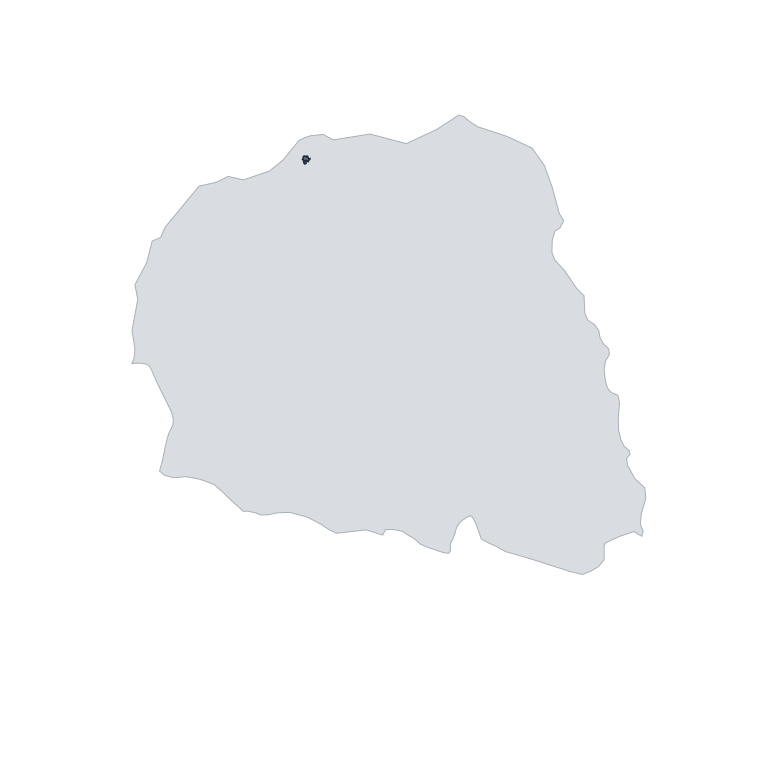 Toledo, Canelones, Uruguay (highlighted), rotated 154°
{"feature_id": "84410073B33780551405566", "entity_name": "Toledo", "entity_type": "district", "adm_level": 2, "iso_a3": "URY", "parent_name": "Uruguay", "parent_adm1": "Canelones", "projection": "mercator", "projection_center": [-56.115, -34.726], "detail": "fine", "context": "in_parent", "style": "filled", "palette": "slate", "viewbox_px": 768, "rotation_deg": 154, "n_neighbors": 0, "source": "geoboundaries", "source_scale": "gbopen_adm2", "svg_char_len": 3305}
<svg xmlns="http://www.w3.org/2000/svg" viewBox="0 0 768 768"><g transform="rotate(154 384 384)"><path d="M601.8,512.7L597.4,516.7L592.6,524.3L587.0,542.6L568.2,568.0L564.4,582.3L544.0,597.2L529.7,614.1L520.4,613.7L512.0,620.9L463.5,642.9L446.0,638.8L433.1,638.9L421.1,629.2L393.8,625.6L376.7,629.5L353.6,640.2L346.7,640.0L341.7,639.5L329.3,635.0L322.5,625.6L287.0,614.8L258.5,590.2L224.9,589.7L199.1,592.9L195.1,589.6L192.5,583.3L187.1,574.2L164.9,552.6L147.5,531.2L144.1,510.2L146.5,487.4L151.7,460.5L150.8,452.1L157.2,447.3L163.6,446.3L169.8,439.4L175.3,428.9L176.2,421.0L171.9,406.3L169.0,385.8L165.5,375.7L172.5,359.6L172.8,351.8L168.7,345.0L167.6,338.0L169.5,330.8L169.1,323.9L166.6,317.2L168.5,311.7L175.0,307.4L179.8,300.7L183.0,291.8L184.6,285.0L184.7,280.3L182.8,275.8L178.8,271.6L180.6,263.4L188.3,251.0L193.3,240.0L195.5,230.4L195.4,222.6L192.8,216.7L193.9,212.8L198.6,210.7L200.7,204.5L200.0,189.0L195.1,176.3L198.9,166.3L209.6,154.7L215.2,145.3L215.6,138.2L219.0,134.1L224.1,141.8L239.3,143.8L254.6,144.1L257.1,142.2L263.1,129.6L271.0,126.0L279.6,125.1L289.1,125.7L299.1,134.0L327.5,161.3L348.4,180.3L354.7,189.2L360.2,195.9L364.4,202.2L362.6,218.5L362.9,225.6L363.9,227.7L368.6,227.9L375.7,226.7L381.7,223.2L386.3,218.0L390.9,213.7L394.5,211.4L395.9,208.0L398.0,204.4L400.2,203.6L404.3,206.3L414.0,215.6L421.6,224.2L423.4,229.2L426.3,234.3L429.4,238.8L431.6,243.2L439.0,248.9L446.4,252.5L451.4,248.8L464.0,260.7L491.9,270.6L497.0,276.6L501.8,285.2L511.5,298.2L525.0,309.9L535.9,314.8L546.3,317.6L552.1,320.2L556.1,324.7L562.5,329.6L566.5,331.4L567.9,335.7L572.0,345.2L576.2,357.2L580.9,368.3L591.1,379.0L602.5,387.4L614.4,392.1L621.1,398.0L623.9,404.1L616.0,413.2L607.3,424.6L599.6,433.5L591.7,439.8L589.1,444.1L587.3,450.8L587.4,486.4L586.7,499.7L587.3,503.3L588.4,505.6L593.4,509.2L599.4,512.2L601.8,512.7Z" fill="#d9dde1" stroke="#a8b0b8" stroke-width="1"/><path d="M359.1,618.2L359.0,617.9L359.0,616.6L358.9,616.5L358.5,616.5L358.3,616.4L358.2,616.4L358.0,616.6L357.8,616.6L357.6,616.5L357.4,616.4L357.2,616.6L357.0,617.1L356.9,617.5L356.7,617.9L356.7,619.1L356.5,619.3L356.3,619.4L356.2,619.5L356.0,619.4L355.9,619.1L355.7,618.8L355.4,618.3L355.3,618.1L355.2,618.0L355.2,617.9L355.1,617.7L354.9,617.9L354.8,617.7L354.7,617.5L354.7,617.4L354.6,617.2L354.4,617.4L353.7,617.8L353.1,618.2L353.0,618.4L352.9,618.4L352.8,618.5L352.5,618.5L352.2,618.5L351.8,618.7L351.7,618.9L351.8,618.9L351.8,619.0L352.0,619.1L352.3,619.1L352.5,619.1L352.8,619.2L352.8,619.3L353.0,619.3L353.1,619.5L353.1,619.8L353.1,620.0L353.2,620.3L353.2,620.5L353.0,620.8L352.9,620.8L352.9,621.0L352.8,621.3L352.9,621.5L353.0,621.5L353.3,621.5L353.4,621.8L353.5,621.9L353.4,621.9L353.4,622.0L353.5,622.0L353.4,622.1L353.5,622.1L353.4,622.3L353.5,622.4L353.5,622.5L353.8,622.6L354.0,622.7L354.0,622.8L354.3,622.9L354.4,623.0L354.5,623.0L354.7,622.9L354.8,622.8L355.0,622.9L355.1,623.0L355.3,623.1L355.3,623.3L355.3,623.5L355.5,623.6L355.8,623.7L355.8,623.8L355.9,624.0L356.1,624.0L356.6,623.7L356.9,623.5L357.2,623.2L357.4,623.0L357.4,622.9L357.2,622.8L357.2,622.7L357.5,622.5L357.7,622.4L358.3,622.0L358.8,621.6L359.0,621.4L358.9,621.2L358.2,621.1L357.9,620.5L357.8,620.1L358.0,619.9L358.3,619.7L358.6,619.5L358.6,619.4L358.4,619.0L358.4,618.7L359.1,618.2Z" fill="#64748b" stroke="#1e293b" stroke-width="1.5"/></g></svg>